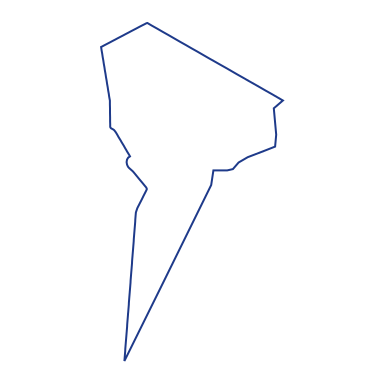 an SVG outline of Tibesti
{"feature_id": "TCD-5578", "entity_name": "Tibesti", "entity_type": "Préfecture", "adm_level": 1, "iso_a3": "TCD", "parent_name": "Chad", "parent_adm1": "", "projection": "robinson", "projection_center": [15.919, 20.285], "detail": "fine", "context": "isolated", "style": "outline", "palette": "blue", "viewbox_px": 384, "rotation_deg": 0, "n_neighbors": 0, "source": "natural_earth", "source_scale": "10m", "svg_char_len": 2383}
<svg xmlns="http://www.w3.org/2000/svg" viewBox="0 0 384 384"><path d="M147.4,23.0L151.6,25.5L157.3,28.7L163.0,32.0L168.7,35.2L174.4,38.5L180.1,41.8L185.8,45.0L191.5,48.3L197.2,51.5L202.9,54.8L208.6,58.1L214.3,61.3L220.1,64.6L225.8,67.8L231.5,71.1L237.2,74.4L242.9,77.6L248.6,80.9L254.3,84.1L260.1,87.4L265.8,90.7L271.5,93.9L277.2,97.2L282.9,100.5L273.8,108.3L275.0,121.5L276.2,134.7L275.1,146.6L264.9,150.6L247.7,157.2L238.6,162.5L232.9,169.1L227.2,170.4L213.4,170.4L211.2,185.0L186.1,236.0L160.8,287.4L124.4,361.0L124.6,358.5L124.8,356.1L125.0,353.6L125.2,351.2L125.3,348.8L125.5,346.3L125.7,343.9L125.9,341.4L126.1,339.0L126.3,336.6L126.5,334.1L126.7,331.7L126.9,329.2L127.1,326.8L127.2,324.4L127.4,321.9L127.6,319.5L127.8,317.1L128.0,314.6L128.0,314.1L128.2,312.2L128.4,309.7L128.6,307.3L128.8,304.9L128.9,302.4L129.1,300.0L129.3,297.5L129.5,295.1L129.7,292.7L129.9,290.2L130.1,287.8L130.3,285.3L130.5,282.9L130.6,280.5L130.8,278.0L131.0,275.6L131.2,273.1L131.4,270.7L131.6,268.3L131.8,265.8L132.0,263.4L132.1,260.9L132.3,258.5L132.5,256.1L132.7,253.6L132.9,251.2L133.1,248.8L133.3,246.3L133.5,243.9L133.7,241.4L133.8,239.0L134.0,236.6L134.2,234.1L134.4,231.7L134.6,229.2L134.8,226.8L135.0,224.4L135.2,221.9L135.3,219.5L135.5,217.0L135.7,214.6L135.9,212.4L137.3,208.2L138.0,206.8L139.9,203.1L141.8,199.4L143.6,195.7L145.5,192.0L146.4,190.2L146.8,189.2L146.7,188.4L146.0,187.2L144.9,185.9L142.2,182.6L139.5,179.4L136.8,176.1L134.1,172.8L132.8,171.3L129.1,168.0L128.2,167.0L127.6,165.9L127.0,164.5L126.6,162.1L127.0,159.6L128.2,157.6L130.0,156.4L129.3,155.1L128.5,153.8L127.7,152.5L126.9,151.2L126.2,149.9L125.4,148.6L124.6,147.2L123.9,145.9L123.1,144.6L122.3,143.3L121.5,142.0L120.8,140.7L120.0,139.4L119.2,138.1L118.4,136.8L117.7,135.5L116.9,134.1L115.8,132.3L114.2,130.2L113.3,129.5L111.1,128.3L110.4,127.5L110.2,126.6L110.2,125.2L110.2,124.2L110.1,121.4L110.1,117.4L110.0,112.9L110.0,108.4L109.9,104.5L109.9,101.7L109.9,100.6L109.5,98.5L109.1,96.2L108.8,93.9L108.2,90.6L107.7,87.2L107.1,83.9L106.6,80.5L106.0,77.2L105.5,73.8L104.9,70.5L104.4,67.1L103.8,63.8L103.3,60.4L102.7,57.1L102.2,53.7L101.6,50.4L101.1,47.0L101.9,46.6L104.5,45.2L107.2,43.8L109.9,42.4L112.5,41.0L115.2,39.6L117.8,38.2L120.5,36.8L123.2,35.4L125.8,34.0L128.5,32.6L131.1,31.2L133.8,29.8L136.5,28.4L139.1,27.0L141.8,25.6L144.4,24.3L146.5,23.2L147.4,23.0Z" fill="none" stroke="#1e3a8a" stroke-width="2"/></svg>